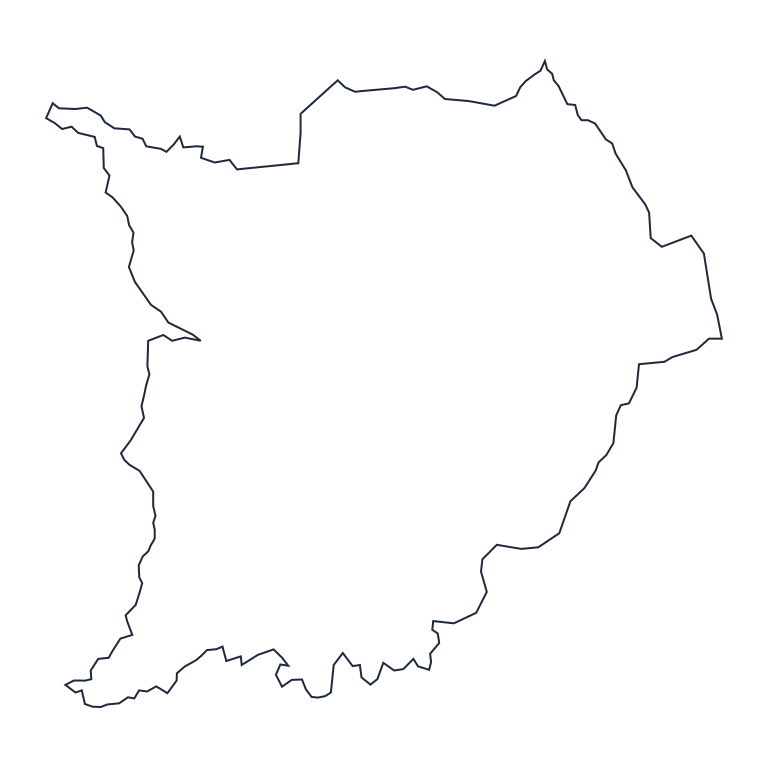 the district of Unistalda, Rio Grande do Sul, Brazil
{"feature_id": "56859067B40505313665308", "entity_name": "Unistalda", "entity_type": "district", "adm_level": 2, "iso_a3": "BRA", "parent_name": "Brazil", "parent_adm1": "Rio Grande do Sul", "projection": "mercator", "projection_center": [-55.195, -29.075], "detail": "fine", "context": "isolated", "style": "outline", "palette": "slate", "viewbox_px": 768, "rotation_deg": 0, "n_neighbors": 0, "source": "geoboundaries", "source_scale": "gbopen_adm2", "svg_char_len": 2665}
<svg xmlns="http://www.w3.org/2000/svg" viewBox="0 0 768 768"><path d="M52.7,103.2L46.1,118.1L54.9,123.2L62.1,129.0L71.6,126.7L78.2,132.9L94.7,136.9L96.9,145.9L103.2,148.1L103.8,168.0L109.5,175.6L105.6,192.5L112.5,197.3L120.6,206.3L127.2,216.0L129.2,225.4L133.5,232.6L132.1,242.3L133.7,250.4L128.9,267.0L134.9,281.9L151.0,304.9L161.1,311.8L168.4,322.6L192.7,334.6L200.7,340.8L184.8,337.6L172.2,340.8L163.3,335.0L148.2,340.8L147.4,366.4L149.4,374.3L146.0,386.0L144.1,395.3L141.5,406.2L144.0,417.9L130.7,440.3L121.0,453.3L124.2,459.8L129.5,464.8L139.6,470.9L153.2,491.6L153.2,506.1L155.5,515.9L153.2,522.8L154.7,529.5L154.7,538.7L150.8,545.2L148.2,551.4L142.8,556.3L138.7,565.4L139.3,577.4L142.2,583.1L139.9,591.5L135.7,604.9L125.6,615.3L127.4,621.9L132.3,634.9L120.4,638.6L112.1,651.6L108.7,657.8L98.2,658.9L90.7,670.5L91.3,679.2L85.2,680.6L73.9,680.5L65.4,684.9L75.5,692.5L81.8,690.4L84.9,704.0L92.5,706.7L100.8,707.0L107.3,704.5L119.1,703.3L128.0,697.3L134.3,698.4L139.1,690.4L147.0,691.5L156.3,686.4L167.4,693.2L176.6,680.6L176.9,673.3L184.8,666.5L195.9,660.3L201.6,655.5L206.9,650.1L216.4,649.2L222.5,646.6L226.3,661.0L240.8,656.4L241.7,665.0L257.8,654.9L273.6,649.4L282.2,657.8L288.2,665.7L280.4,664.5L275.9,674.7L282.0,686.7L291.7,679.9L302.0,679.5L305.8,689.2L311.5,696.9L317.9,697.6L325.2,696.1L330.9,692.5L333.7,665.0L342.8,653.0L352.7,666.1L359.9,665.0L361.5,677.4L370.4,684.6L377.4,679.1L383.3,662.8L394.2,670.5L403.3,669.1L413.4,658.9L418.1,666.4L429.1,669.8L431.1,662.1L430.1,653.8L439.2,643.0L437.8,633.5L432.3,629.8L433.2,621.1L453.9,623.3L476.2,612.8L486.8,591.9L481.0,571.6L482.4,559.3L496.8,544.8L521.2,548.9L538.3,547.3L559.3,533.2L570.4,501.3L584.5,488.0L595.8,470.3L598.6,462.3L606.3,455.1L613.4,443.1L616.2,415.4L620.8,405.2L628.9,403.4L636.6,387.7L639.0,364.2L664.4,361.8L672.5,357.0L696.5,349.8L709.0,338.7L721.9,338.7L717.1,314.5L711.1,298.8L703.9,253.6L691.3,235.6L661.8,246.8L650.7,238.1L649.1,212.5L645.1,204.2L632.5,187.4L625.8,170.2L615.6,153.6L612.2,143.5L605.9,139.4L595.1,123.5L587.9,120.2L581.5,120.2L577.7,114.9L575.2,105.0L567.3,104.1L558.5,85.9L553.8,80.3L552.1,73.7L547.1,69.3L544.9,61.0L540.5,70.7L535.1,74.1L525.8,81.0L520.2,87.3L516.1,96.0L494.5,105.7L469.0,101.1L444.9,99.0L437.4,92.4L426.7,86.3L413.1,89.8L405.1,86.7L394.2,88.2L361.3,91.1L355.2,91.8L345.0,87.3L337.7,80.3L300.6,113.8L300.6,132.6L298.3,163.2L237.0,169.4L229.5,159.9L214.8,162.5L201.0,157.8L202.9,146.7L196.5,146.3L183.3,147.4L179.8,136.6L173.7,144.5L166.5,151.8L160.8,148.8L146.2,146.3L142.5,138.7L135.1,136.6L129.5,129.4L114.3,128.3L104.8,122.1L100.8,115.6L87.1,107.7L75.5,109.0L59.0,108.3L52.7,103.2Z" fill="none" stroke="#1e293b" stroke-width="2"/></svg>